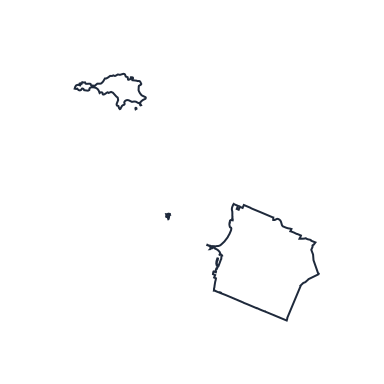 the district of Cockburn, Western Australia, Australia, rotated 23°
{"feature_id": "25037944B92381930700505", "entity_name": "Cockburn", "entity_type": "district", "adm_level": 2, "iso_a3": "AUS", "parent_name": "Australia", "parent_adm1": "Western Australia", "projection": "equal_earth", "projection_center": [115.746, -32.084], "detail": "fine", "context": "isolated", "style": "outline", "palette": "slate", "viewbox_px": 384, "rotation_deg": 23, "n_neighbors": 0, "source": "geoboundaries", "source_scale": "gbopen_adm2", "svg_char_len": 5562}
<svg xmlns="http://www.w3.org/2000/svg" viewBox="0 0 384 384"><g transform="rotate(23 192 192)"><path d="M340.6,218.3L340.5,217.9L340.5,217.6L339.9,217.5L339.5,217.2L330.5,207.3L327.9,202.3L324.4,198.6L324.4,195.3L323.8,194.2L323.9,193.8L324.6,193.0L325.3,190.2L320.8,190.3L320.1,189.8L319.6,189.8L316.9,190.3L315.2,190.3L314.8,190.1L313.4,191.1L312.0,191.8L309.2,193.0L309.2,192.5L309.4,192.4L309.4,191.2L309.3,189.5L305.4,189.5L304.7,189.7L301.7,189.5L298.4,189.6L297.9,189.7L298.0,187.2L297.0,187.3L294.5,187.9L293.6,188.0L292.3,188.1L289.0,188.1L288.4,187.8L287.7,187.3L287.3,186.8L285.6,184.7L284.9,184.1L284.4,183.7L283.9,183.5L282.7,183.2L281.8,183.2L281.3,183.3L280.9,183.4L280.3,184.0L279.6,184.9L279.2,185.3L278.8,185.6L277.7,186.0L277.5,185.5L276.8,183.7L276.5,183.8L262.9,183.8L253.7,183.9L252.1,183.8L251.9,183.7L244.8,183.7L244.8,184.2L244.8,186.9L242.2,186.9L241.9,186.8L241.9,190.1L239.8,190.1L239.8,186.8L235.3,186.8L235.1,186.7L234.9,187.4L234.9,188.3L234.9,189.2L234.9,190.0L235.0,190.9L235.2,191.7L235.5,192.5L236.3,193.7L236.7,194.2L237.5,195.9L238.2,197.6L238.5,198.4L238.7,198.5L239.3,199.9L239.2,200.1L239.2,200.4L239.4,200.8L240.0,201.0L240.3,201.5L240.5,202.2L238.5,202.8L238.2,203.5L238.4,204.6L238.9,205.5L238.6,205.9L239.2,207.5L240.3,209.1L240.9,209.6L241.9,209.6L242.4,210.1L242.6,210.7L242.9,212.0L242.9,213.1L242.9,215.2L242.9,216.0L242.6,218.4L242.5,219.9L241.7,222.9L241.2,224.9L239.8,228.1L239.4,228.9L239.1,229.6L238.6,230.3L237.5,231.3L236.0,232.1L235.6,232.3L234.7,233.1L234.4,233.0L233.4,233.3L231.8,233.9L231.5,234.1L230.6,234.4L229.9,234.3L228.7,234.6L227.7,234.7L226.8,234.6L226.8,234.9L226.8,235.0L227.1,235.0L227.3,234.9L227.7,234.8L228.8,234.9L229.1,235.0L229.9,235.3L230.7,235.6L231.2,236.0L231.5,236.4L231.3,236.8L231.0,237.3L230.9,237.6L231.1,237.5L231.5,236.8L231.7,236.3L231.8,236.3L232.6,235.9L232.9,235.0L233.2,234.9L233.4,234.7L234.5,234.8L235.0,235.0L235.1,234.9L235.8,235.1L236.9,235.1L238.3,235.3L239.9,235.9L241.0,236.5L241.6,237.1L242.0,237.5L241.8,238.9L241.9,239.0L242.0,238.9L242.6,239.6L242.0,238.7L242.1,238.0L242.2,237.9L242.3,237.8L242.5,237.9L242.5,238.1L243.7,238.5L243.8,238.7L244.1,238.5L244.4,238.6L244.6,238.8L244.2,239.2L244.1,239.4L245.1,242.2L245.0,242.9L245.2,247.2L245.3,249.6L245.0,249.7L245.0,249.8L244.4,249.8L243.9,249.6L242.7,248.1L242.2,246.3L242.3,244.9L241.9,243.1L241.3,243.2L241.3,243.6L241.6,246.2L242.3,248.4L243.6,250.1L244.3,250.4L245.0,250.4L245.0,251.4L244.9,252.2L244.9,252.9L244.9,253.1L244.7,253.1L244.4,253.0L244.4,253.4L244.3,253.5L244.5,255.4L244.8,255.4L245.3,256.0L245.3,256.6L243.0,256.6L242.9,256.7L242.9,257.4L243.4,259.4L245.8,259.4L245.8,262.1L247.8,262.1L248.3,264.5L248.4,265.4L248.9,267.5L249.5,269.9L249.8,270.8L250.0,272.2L250.2,272.9L250.3,273.0L250.4,273.3L250.6,273.7L250.7,274.2L251.1,274.0L251.7,274.0L252.2,274.0L252.3,273.8L253.3,274.0L256.1,273.9L256.6,273.8L256.9,273.8L256.9,273.5L257.3,273.5L257.3,273.4L257.8,273.4L257.8,273.9L263.0,273.7L282.5,273.7L282.9,273.8L286.9,273.7L287.1,273.7L296.9,273.7L297.0,273.5L300.6,273.6L303.0,273.6L305.6,273.5L305.7,273.4L305.8,273.5L329.4,273.3L329.2,271.4L328.9,270.7L328.7,236.1L328.4,235.9L329.9,232.4L330.2,232.0L331.2,231.1L331.7,230.4L331.9,230.0L332.2,229.2L332.7,228.3L333.2,227.0L333.3,226.7L340.6,218.3ZM101.7,115.5L101.7,114.9L103.0,113.2L103.1,112.4L101.7,111.1L100.8,110.5L99.9,110.5L98.5,111.2L97.4,111.2L93.4,112.4L92.9,111.9L93.3,110.4L92.9,109.8L92.0,109.8L90.9,110.3L91.2,111.3L91.0,112.3L89.7,113.5L89.2,113.5L87.9,111.5L85.9,111.6L84.5,110.1L83.8,109.8L82.7,110.0L79.9,112.3L77.8,112.8L76.1,115.0L75.3,115.4L74.0,115.4L73.1,116.4L71.3,117.1L69.9,119.5L68.7,121.0L67.5,121.5L67.0,125.1L66.1,127.4L65.3,128.1L62.5,129.3L61.0,132.2L57.7,133.2L57.1,133.0L56.6,132.3L55.8,132.2L52.2,133.8L51.7,133.8L50.7,132.9L49.4,133.6L48.1,133.8L48.1,135.5L46.8,135.5L46.2,136.1L46.6,136.8L47.4,137.1L47.4,137.6L45.3,137.8L44.4,138.4L43.7,139.2L43.4,140.7L43.6,142.7L45.2,142.4L45.8,141.7L47.8,142.5L49.1,142.3L50.0,141.4L50.3,139.8L50.8,139.5L51.7,139.5L53.0,140.4L56.6,139.4L57.6,138.3L57.2,136.7L57.7,135.6L58.7,134.8L60.8,134.0L62.9,133.7L64.9,134.1L66.6,135.2L68.3,137.0L69.0,135.9L70.1,135.5L70.8,135.7L71.7,136.9L72.2,137.0L73.2,136.3L75.2,133.3L75.8,133.2L76.5,133.4L78.4,131.5L80.4,131.5L85.1,133.7L86.7,134.1L88.1,136.2L88.2,140.2L88.5,141.1L89.1,141.7L90.6,141.6L92.2,143.4L93.2,143.9L93.6,143.5L93.9,140.2L94.4,139.2L95.5,138.1L95.6,137.3L94.6,135.9L94.6,135.3L94.9,134.2L95.7,133.2L96.6,132.6L97.9,132.3L101.5,132.5L103.4,131.3L105.0,130.8L108.1,131.1L109.3,130.1L110.0,128.0L111.0,126.3L112.7,124.4L112.7,123.4L112.2,122.9L108.2,122.7L107.7,122.6L107.4,122.5L107.1,122.2L106.4,121.9L105.5,121.4L104.4,120.5L103.9,120.1L103.0,119.1L101.7,115.5ZM179.6,221.2L179.6,221.4L179.0,221.7L179.1,221.8L178.9,221.9L178.7,221.9L178.6,222.0L178.2,221.7L177.9,222.0L177.7,222.2L177.8,222.3L177.7,222.4L177.4,222.3L176.9,222.5L177.2,222.8L177.2,223.0L177.3,223.1L177.5,223.2L177.7,223.7L177.8,223.7L178.0,223.7L178.2,223.8L178.2,224.0L177.7,224.5L177.9,224.9L178.2,225.0L178.6,224.6L179.2,224.8L179.5,224.6L179.6,224.4L180.0,224.7L180.0,225.0L180.3,225.4L180.4,225.9L180.8,226.3L181.0,226.0L180.9,225.2L180.8,224.7L180.8,224.4L180.5,223.9L180.5,223.5L180.3,222.7L180.2,222.2L180.2,221.9L180.3,221.8L180.6,221.9L180.8,221.7L180.6,221.5L179.9,221.1L179.9,220.9L179.5,221.0L179.6,221.2ZM107.8,137.9L108.4,137.1L108.0,136.5L107.5,136.4L107.2,136.6L107.3,137.3L107.8,137.9ZM110.7,132.4L111.2,132.0L110.2,131.2L110.0,131.7L110.3,132.2L110.7,132.4Z" fill="none" stroke="#1e293b" stroke-width="2"/></g></svg>